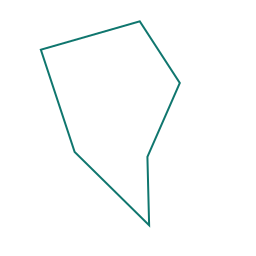 SVG path tracing the border of Angeles, rotated 254°
{"feature_id": "PHL-5538", "entity_name": "Angeles", "entity_type": "Highly Urbanized City", "adm_level": 1, "iso_a3": "PHL", "parent_name": "Philippines", "parent_adm1": "", "projection": "orthographic", "projection_center": [120.591, 15.141], "detail": "fine", "context": "isolated", "style": "outline", "palette": "teal", "viewbox_px": 256, "rotation_deg": 254, "n_neighbors": 0, "source": "natural_earth", "source_scale": "10m", "svg_char_len": 245}
<svg xmlns="http://www.w3.org/2000/svg" viewBox="0 0 256 256"><g transform="rotate(254 128 128)"><path d="M227.3,65.8L227.3,168.7L157.0,190.2L94.9,138.7L28.7,121.5L119.7,70.1L227.3,65.8Z" fill="none" stroke="#0f766e" stroke-width="2"/></g></svg>